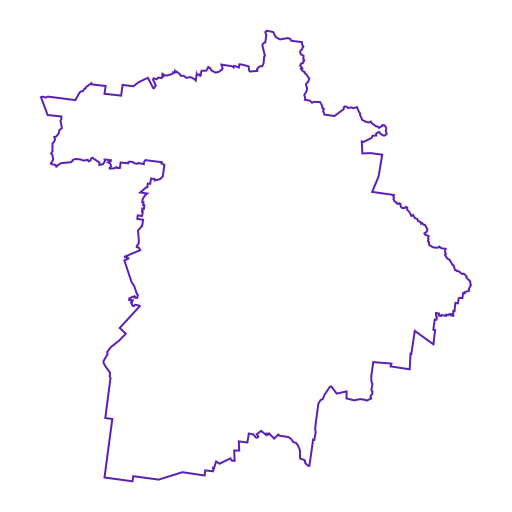 Western Downs, Queensland, Australia (Albers equal-area conic projection)
{"feature_id": "25037944B15079852191884", "entity_name": "Western Downs", "entity_type": "district", "adm_level": 2, "iso_a3": "AUS", "parent_name": "Australia", "parent_adm1": "Queensland", "projection": "albers", "projection_center": [150.512, -26.807], "detail": "fine", "context": "isolated", "style": "outline", "palette": "violet", "viewbox_px": 512, "rotation_deg": 0, "n_neighbors": 0, "source": "geoboundaries", "source_scale": "gbopen_adm2", "svg_char_len": 5952}
<svg xmlns="http://www.w3.org/2000/svg" viewBox="0 0 512 512"><path d="M104.5,477.5L132.5,481.3L133.2,476.2L158.6,479.6L182.5,472.2L204.6,475.5L205.2,470.4L213.0,471.3L213.7,469.0L213.0,468.6L213.0,467.7L214.1,467.8L216.1,461.5L219.5,463.7L230.4,458.4L231.9,460.6L234.6,460.9L234.2,450.5L239.2,450.5L238.8,441.4L247.4,442.5L248.8,433.6L253.1,434.3L256.0,437.6L257.4,437.7L258.4,436.4L256.7,434.2L261.2,430.9L266.0,434.9L266.3,433.6L267.1,433.6L267.9,434.7L269.1,433.4L274.2,438.6L278.3,434.5L279.4,435.7L288.4,437.0L291.2,439.0L293.1,442.0L296.0,442.9L298.0,445.6L299.9,450.3L300.1,458.5L304.7,460.2L305.2,463.0L307.9,465.6L309.4,465.9L313.1,439.6L314.3,439.9L315.7,432.2L315.2,429.5L315.6,424.2L318.4,403.5L320.7,399.9L322.7,399.2L324.4,395.0L329.7,387.0L331.3,386.4L336.7,393.6L346.6,391.4L346.5,398.4L354.1,400.3L360.3,399.1L365.4,399.9L366.4,400.7L371.2,398.5L370.4,397.0L371.0,395.3L372.0,394.4L372.5,391.7L371.4,390.3L372.4,383.9L371.4,381.6L371.3,376.0L373.2,362.1L391.4,363.6L390.6,366.4L409.7,369.3L410.5,353.8L411.3,354.0L414.8,330.9L433.4,344.3L435.1,330.1L433.4,329.8L433.8,325.9L434.8,319.5L436.3,319.8L436.9,318.3L435.9,314.9L436.0,313.0L439.0,313.5L438.7,315.6L441.1,315.9L441.3,315.1L446.0,315.8L446.2,314.7L448.4,315.1L449.5,314.0L451.3,314.2L451.1,315.4L453.2,315.8L453.3,310.9L454.5,311.1L455.4,302.9L457.9,303.3L458.7,298.2L459.9,297.8L462.4,298.2L463.1,293.1L464.7,293.3L464.7,292.2L469.2,290.7L468.9,288.8L471.0,284.9L470.4,284.1L470.1,281.2L466.4,277.7L466.6,276.4L463.8,273.7L462.1,274.0L458.6,271.2L456.9,271.1L456.5,270.4L455.0,270.1L453.5,265.2L452.6,264.9L449.5,259.7L447.4,258.6L445.0,255.0L445.9,253.9L445.0,251.9L445.6,248.9L441.3,248.2L439.4,246.6L438.0,247.7L435.0,247.7L432.4,247.0L429.2,245.0L428.8,241.8L427.9,241.1L428.6,239.6L428.1,238.3L428.6,236.0L425.4,234.8L424.4,233.4L427.0,231.5L427.4,229.1L425.0,225.0L423.3,224.5L422.3,223.2L421.0,223.7L420.7,222.2L417.9,220.9L417.5,219.2L414.8,218.0L413.1,215.0L411.5,216.0L409.5,212.2L407.2,209.7L407.2,207.4L405.6,207.0L404.6,208.1L402.2,208.0L400.9,206.9L400.4,203.9L399.8,204.1L399.0,203.2L397.6,204.0L396.3,202.9L396.4,202.3L394.7,201.5L393.4,199.1L394.0,197.9L393.3,196.3L394.0,195.0L372.2,191.9L378.6,176.4L382.2,154.7L370.5,153.1L362.3,153.4L361.8,141.4L363.4,142.0L371.8,137.8L372.4,135.8L376.3,135.5L376.1,133.6L379.0,131.9L380.6,133.9L382.9,135.4L384.7,135.5L386.1,134.5L386.7,133.6L385.8,131.1L386.3,128.2L384.7,125.4L383.5,125.1L382.6,125.8L382.1,125.3L380.7,127.0L378.9,127.8L378.2,126.7L376.0,126.3L372.0,123.4L370.9,121.6L369.0,122.5L366.4,122.0L362.3,120.0L360.0,114.8L360.2,113.7L358.7,111.4L357.0,107.1L353.4,108.2L351.3,107.4L348.5,108.0L345.3,106.3L343.9,107.1L343.6,109.2L334.5,116.0L324.5,114.6L323.0,110.8L323.9,109.0L322.2,107.8L322.4,107.1L321.8,105.2L320.1,102.1L314.5,101.8L311.9,102.7L309.8,100.6L304.9,99.8L305.2,98.6L304.3,94.8L306.1,92.2L307.0,89.4L307.0,87.8L305.9,84.8L306.2,83.6L308.3,81.6L309.3,78.6L305.9,73.9L304.8,73.2L304.6,72.0L302.4,70.8L301.0,68.8L302.3,68.4L300.2,65.6L301.2,63.4L302.8,63.2L304.2,60.4L303.4,60.3L303.5,55.7L301.1,54.5L300.0,52.5L300.6,50.6L302.2,49.1L302.3,48.1L303.4,46.6L302.2,44.8L301.9,42.1L291.3,40.8L290.3,39.0L287.8,38.1L280.0,39.4L276.6,37.6L275.2,36.2L273.3,32.1L266.9,30.7L266.1,31.2L265.3,32.1L266.3,35.0L265.3,42.4L263.6,43.1L262.3,44.9L264.9,55.8L264.2,56.5L263.6,63.3L262.2,66.2L259.9,66.4L258.4,67.4L257.0,69.3L257.3,70.9L250.0,71.5L249.3,71.0L248.6,66.4L241.6,64.5L239.4,64.3L238.9,67.5L235.3,66.1L234.0,66.0L233.7,67.4L231.8,66.2L221.4,64.6L222.4,67.3L222.4,69.2L218.8,71.8L215.8,72.6L213.7,71.7L211.4,70.4L209.6,67.5L208.7,67.8L208.2,67.2L206.4,70.6L201.5,70.8L200.5,75.8L199.8,75.7L199.3,74.4L197.2,75.1L196.7,73.9L195.8,80.5L194.4,79.1L190.5,77.1L186.3,77.9L183.8,75.8L180.7,75.8L180.0,74.3L177.8,72.5L176.4,71.6L176.2,72.1L175.2,71.9L174.9,71.2L174.4,72.9L173.1,72.3L172.4,73.9L167.1,75.5L165.0,75.4L162.5,73.8L162.2,76.0L163.2,76.5L161.6,78.1L158.2,77.6L156.5,79.3L153.7,78.3L153.0,79.6L155.8,85.4L153.9,88.3L153.2,88.1L147.9,77.8L138.8,82.1L133.4,86.3L122.6,84.9L121.1,95.6L104.5,93.8L105.6,86.0L91.8,84.4L91.4,83.2L85.8,87.3L85.5,88.6L84.3,88.9L82.7,91.3L80.9,91.4L79.6,92.5L75.4,100.1L47.8,96.6L45.6,97.6L42.9,96.7L41.0,97.1L47.6,115.0L61.4,116.5L61.3,119.3L60.5,120.7L61.9,128.1L59.2,130.4L59.1,132.4L58.2,134.2L55.8,136.8L54.3,137.0L55.0,139.6L53.9,142.0L52.5,143.4L52.5,151.2L51.1,153.5L52.4,155.1L53.2,159.6L50.9,163.6L51.4,164.1L55.6,165.0L56.3,166.6L59.9,163.7L61.6,163.1L71.0,162.2L72.4,161.1L72.6,160.1L75.1,159.0L79.8,159.3L83.9,160.6L87.7,159.8L88.6,161.3L90.5,160.5L91.0,158.7L92.2,157.7L99.5,162.6L99.3,164.9L103.0,164.2L104.9,161.3L104.6,159.5L110.9,160.2L110.8,161.0L108.0,162.3L110.3,163.6L111.1,166.2L109.6,168.1L109.9,168.7L114.3,168.3L116.7,167.1L117.3,168.0L119.9,168.0L120.6,162.5L128.2,163.3L128.1,162.4L129.5,161.6L132.9,162.0L133.8,163.1L136.5,163.7L138.1,163.6L138.4,163.0L143.8,164.1L143.7,162.7L145.4,160.1L161.8,162.2L161.4,163.3L164.4,164.9L162.8,176.5L160.0,179.1L154.7,180.5L154.5,179.1L151.0,178.5L150.2,183.8L147.8,183.5L147.3,187.3L146.3,187.2L140.2,192.5L147.2,193.5L144.9,195.5L142.8,198.8L142.2,202.2L143.5,202.4L143.1,205.1L144.4,205.3L143.9,208.9L142.3,208.5L142.0,211.3L142.8,211.4L142.1,216.0L137.7,215.4L137.3,218.9L143.1,219.7L142.2,225.8L141.6,225.9L141.5,226.7L138.0,230.4L138.9,241.2L138.5,243.9L136.7,246.0L136.8,247.2L138.7,247.5L140.3,250.1L124.9,256.6L125.1,257.1L125.8,256.5L126.8,257.9L127.7,257.6L128.4,258.5L124.4,260.5L131.5,281.9L134.0,285.7L137.0,294.1L137.9,295.1L137.2,297.9L134.5,297.6L134.3,297.0L134.9,296.7L134.5,296.2L129.4,298.2L129.2,300.0L130.7,299.9L131.4,301.3L131.8,300.1L132.8,300.3L132.3,301.7L131.0,302.7L132.0,303.9L132.0,305.1L133.7,306.2L135.0,304.8L138.4,305.3L139.8,306.1L119.7,328.0L125.8,333.7L119.1,340.6L110.8,347.2L107.2,352.1L107.6,354.0L103.6,361.0L103.4,362.5L105.1,365.8L110.1,372.9L109.6,376.4L110.5,377.9L105.3,418.0L112.3,419.0L104.5,477.5Z" fill="none" stroke="#5b21b6" stroke-width="2"/></svg>